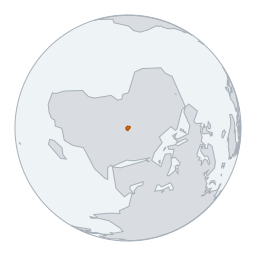 globe centered on Ouaddaï, rotated 112°
{"feature_id": "TCD-1475", "entity_name": "Ouaddaï", "entity_type": "Prefecture", "adm_level": 1, "iso_a3": "TCD", "parent_name": "Chad", "parent_adm1": "", "projection": "orthographic", "projection_center": [21.069, 13.569], "detail": "fine", "context": "on_globe", "style": "filled", "palette": "amber", "viewbox_px": 256, "rotation_deg": 112, "n_neighbors": 0, "source": "natural_earth", "source_scale": "10m", "svg_char_len": 8629}
<svg xmlns="http://www.w3.org/2000/svg" viewBox="0 0 256 256"><g transform="rotate(112 128 128)"><circle cx="128" cy="128" r="113" fill="#eef3f6" stroke="#a8b0b8"/><path d="M95.3,20.2L91.9,21.3L89.3,22.3L91.6,21.7L94.0,20.9L95.8,20.4L96.0,20.5L92.8,21.5L92.2,21.7L91.3,22.0L89.6,22.6L90.6,22.4L86.6,23.8L90.9,22.6L88.0,24.0L85.2,24.9L85.1,24.5L78.5,26.8L78.1,27.0L86.5,23.3L95.3,20.2ZM70.7,31.0L65.4,34.7L62.4,36.6L58.7,39.5L60.5,38.4L64.0,35.8L66.4,34.7L70.5,32.1L72.0,31.4L76.3,29.1L76.1,29.9L73.5,32.0L69.9,34.1L68.7,35.2L72.4,33.8L66.0,38.7L62.4,43.8L60.7,45.3L56.8,46.4L56.0,44.6L51.0,47.5L54.6,46.2L50.3,50.3L49.8,51.4L50.2,51.8L52.0,50.5L50.6,52.3L46.5,53.8L47.7,52.2L49.0,51.6L48.6,51.0L45.8,52.6L43.8,54.9L41.7,56.0L40.2,57.8L39.0,59.2L41.4,56.2L37.0,61.8L35.6,63.5L40.5,57.1L45.7,51.1L51.4,45.4L57.5,40.1L64.0,35.3L70.7,31.0ZM18.1,103.2L17.7,105.0L18.1,103.2ZM17.1,108.4L17.9,104.5L17.3,108.3L18.2,110.8L17.8,112.0L18.3,122.0L20.9,127.9L21.5,133.3L21.0,135.8L22.4,137.6L22.4,139.6L29.6,146.3L34.7,153.0L35.6,159.6L33.2,165.7L35.7,180.4L32.8,182.8L35.2,188.5L38.3,195.5L36.1,193.1L39.9,198.2L40.7,199.2L35.8,192.7L31.4,186.0L27.5,178.9L24.1,171.6L21.3,164.1L19.0,156.3L17.2,148.5L16.1,140.5L15.4,132.5L15.4,124.4L16.0,116.3L17.1,108.4ZM76.2,28.8L76.2,29.0L75.4,29.3L76.2,28.8ZM78.0,27.8L77.0,28.2L77.7,27.7L78.3,27.5L78.0,27.8ZM79.1,27.5L79.1,27.0L80.3,26.3L83.7,25.0L79.1,27.5ZM94.6,20.6L92.1,21.5L94.0,20.7L94.6,20.6ZM105.4,17.6L105.6,17.6L103.1,18.2L100.5,18.8L102.6,18.4L95.4,20.3L97.2,19.6L105.4,17.6ZM96.6,20.2L96.9,20.0L100.3,19.1L100.3,19.4L99.2,19.5L96.6,20.2ZM109.8,16.8L110.9,16.7L106.0,17.6L109.8,16.8ZM98.6,19.8L100.2,19.6L98.9,20.1L96.6,20.4L98.6,19.8ZM101.1,18.8L102.7,18.4L101.9,18.7L101.1,18.8ZM95.0,22.4L95.3,21.9L97.1,21.4L95.0,22.4ZM100.9,19.4L101.4,19.3L102.1,19.1L102.9,19.1L100.9,19.4ZM107.0,17.5L106.9,17.6L109.1,17.1L109.9,17.1L106.4,17.7L108.2,17.4L108.5,17.5L105.4,18.0L107.0,17.5ZM105.9,18.5L101.7,19.7L100.8,20.5L99.2,21.0L101.0,19.6L105.9,18.5ZM105.8,18.1L105.5,18.4L103.7,18.7L102.8,18.8L105.8,18.1ZM111.6,16.9L111.3,16.7L112.1,16.6L111.6,16.9ZM106.0,18.7L106.9,18.4L106.1,18.7L106.0,18.7ZM110.3,17.3L110.1,17.2L111.0,17.1L110.3,17.3ZM109.1,18.0L107.8,18.4L107.1,18.3L109.1,18.0ZM109.9,17.6L111.2,17.5L107.7,18.1L109.7,17.6L109.9,17.6ZM111.2,17.2L111.6,17.1L111.1,17.3L111.2,17.2ZM112.3,18.2L108.1,19.0L106.7,18.8L111.0,18.0L112.3,18.2ZM213.7,54.9L214.3,55.7L211.6,52.6L214.6,56.3L216.6,58.6L215.9,57.5L216.8,58.6L219.5,62.3L220.6,63.9L225.7,72.0L230.2,80.6L231.5,83.6L232.9,88.2L233.6,90.2L232.5,88.6L233.6,93.2L237.5,103.4L238.3,106.7L238.8,114.3L238.3,111.9L235.6,107.5L236.8,115.8L239.0,121.2L239.8,128.7L238.9,127.2L237.9,120.7L236.9,118.9L235.9,111.8L232.6,102.2L231.6,105.1L230.5,101.0L225.8,93.8L223.7,97.9L221.1,111.0L222.8,121.8L221.0,127.3L213.9,113.3L210.2,103.4L207.9,105.0L200.3,97.8L188.1,99.6L186.1,97.2L183.9,98.9L178.5,97.0L175.3,93.0L172.2,93.7L180.6,104.2L183.9,103.5L186.3,98.6L188.0,102.6L193.2,105.5L188.5,116.4L169.9,127.9L167.7,119.9L151.3,99.2L151.6,96.7L151.5,96.4L151.2,95.9L150.2,100.0L147.2,96.0L156.4,110.6L158.2,117.1L169.7,128.4L168.7,129.8L172.3,132.0L183.2,127.6L183.3,130.3L178.4,143.5L162.9,162.0L164.8,172.9L163.3,182.4L153.1,189.2L153.5,196.1L148.2,198.9L147.6,202.7L143.1,207.0L135.7,211.0L123.6,211.3L123.2,207.9L117.8,201.3L110.3,184.4L113.7,176.5L112.8,170.2L104.1,155.9L106.0,148.0L103.6,144.6L98.6,145.3L95.7,141.2L92.7,141.0L73.5,142.7L67.5,137.0L59.9,120.1L63.2,114.0L63.6,106.5L86.5,83.1L91.7,84.8L110.1,82.2L112.4,83.1L110.6,88.7L124.6,95.6L128.8,90.8L141.2,94.3L149.2,93.8L151.5,83.1L138.3,83.7L135.7,78.7L146.0,73.9L157.5,73.9L156.9,72.0L149.3,68.2L151.7,64.6L146.7,66.6L148.9,68.4L145.9,69.9L143.6,68.3L144.6,67.0L141.0,66.4L137.5,73.2L139.4,75.8L130.3,77.4L132.6,82.0L130.2,84.3L125.5,77.4L125.8,74.9L117.2,67.9L116.1,70.6L124.1,77.5L121.7,77.0L120.3,81.4L119.5,77.7L111.0,69.9L102.6,71.6L92.4,82.1L87.4,82.9L83.0,80.6L86.3,69.9L97.1,69.5L98.4,66.2L95.8,61.5L99.3,61.9L99.6,60.1L103.6,59.9L108.9,55.7L113.0,55.3L114.7,50.1L117.1,49.3L115.4,52.5L116.4,54.7L126.4,54.3L128.2,53.2L128.5,50.0L131.3,50.5L130.3,47.5L135.9,46.2L128.2,45.4L128.4,42.2L131.6,39.8L130.3,38.7L125.1,42.7L124.3,44.6L125.8,46.3L122.3,51.8L118.9,52.8L117.4,46.9L112.4,47.8L113.3,43.3L126.7,34.3L132.5,32.8L142.8,36.4L141.6,38.2L137.4,37.7L141.6,40.9L141.1,39.3L143.4,39.9L144.1,37.4L145.8,37.8L143.7,35.0L145.8,35.2L147.1,36.9L149.9,33.9L154.2,33.9L154.0,33.1L152.7,32.2L159.0,33.1L158.6,32.5L156.4,31.9L154.2,30.5L152.7,28.3L155.0,28.7L155.8,29.5L160.9,32.1L162.8,34.5L163.5,34.5L162.5,32.5L156.3,29.4L154.8,28.0L157.9,29.2L156.6,28.7L156.6,28.1L158.7,28.1L155.3,26.7L151.8,21.7L155.5,21.5L158.7,22.9L158.6,20.9L162.8,21.6L160.7,21.0L159.3,20.1L158.0,19.9L156.9,19.5L153.4,18.3L161.1,20.3L168.6,22.9L176.0,26.1L183.0,29.7L189.9,33.9L196.4,38.5L202.5,43.5L208.3,49.0L213.7,54.9ZM79.0,95.3L78.5,97.5L79.0,95.3ZM170.1,79.7L176.7,79.5L172.9,73.3L175.2,72.8L173.1,71.1L172.6,72.9L167.4,68.1L170.0,66.0L168.8,63.4L166.5,63.4L162.7,68.1L170.1,74.8L168.9,77.6L170.1,79.7ZM18.2,110.8L18.2,112.4L17.9,112.0L18.2,110.8ZM21.2,94.0L21.2,95.2L20.9,95.0L21.2,94.0ZM21.5,91.3L21.5,91.5L22.4,88.9L21.3,93.3L20.7,93.8L21.3,92.0L21.5,91.3ZM50.6,50.2L50.9,50.2L50.9,50.8L50.1,51.2L50.6,50.2ZM56.0,50.5L53.6,53.3L54.7,51.5L53.2,52.3L53.5,49.7L59.9,45.9L56.9,47.9L56.0,50.5ZM55.8,45.6L54.8,47.4L55.6,45.6L55.8,45.6ZM97.1,51.4L98.6,52.5L97.2,54.5L92.1,55.9L94.0,52.9L97.1,51.4ZM101.0,53.6L100.9,47.9L104.1,47.1L102.3,48.4L104.4,48.5L102.2,50.7L105.4,55.9L104.3,58.1L95.4,59.0L98.9,57.4L97.2,56.3L101.0,53.6ZM94.9,37.6L94.9,35.9L101.8,36.2L101.0,37.8L95.9,39.1L93.8,38.0L94.9,37.6ZM85.1,25.8L84.6,25.7L85.5,25.3L86.6,25.1L85.1,25.8ZM95.0,22.2L88.0,26.0L87.1,26.0L84.1,28.6L80.6,29.7L82.7,27.9L77.7,31.0L78.2,29.8L75.1,32.0L80.1,27.9L80.3,27.2L81.4,27.4L84.6,26.3L86.1,25.7L90.4,23.4L92.5,21.8L96.0,20.8L97.9,20.5L95.6,21.3L97.3,21.2L94.0,22.2L95.0,22.2ZM118.5,21.9L115.8,21.7L118.6,23.1L115.4,23.5L115.9,23.7L113.7,24.5L111.9,25.9L110.3,26.0L110.3,26.5L108.8,27.2L108.2,28.0L105.3,28.5L104.3,29.6L103.5,29.3L102.6,31.1L101.9,30.0L99.9,31.0L101.7,31.5L87.1,33.7L81.6,36.1L77.3,38.8L76.7,36.9L80.2,33.4L85.8,29.7L91.2,28.0L90.0,27.6L92.2,26.8L92.3,27.4L93.5,26.0L95.3,25.5L100.3,23.2L100.9,21.8L102.7,21.1L103.4,21.4L104.7,20.5L107.3,20.6L108.7,20.2L112.6,20.1L113.1,21.2L114.6,20.7L117.6,20.8L118.5,21.9ZM113.3,18.2L114.8,19.1L113.7,19.8L107.3,19.7L105.7,20.1L101.6,20.4L103.3,19.4L104.3,19.3L105.7,19.1L104.6,19.5L106.5,19.0L108.0,19.0L109.9,18.7L109.8,19.0L113.3,18.2ZM114.9,81.0L116.7,81.2L119.4,80.9L118.6,83.8L114.9,81.0ZM109.0,75.7L110.6,75.3L110.7,78.9L108.9,78.8L109.0,75.7ZM111.3,72.2L110.7,75.0L109.9,73.5L111.3,72.2ZM116.8,52.1L118.5,51.7L118.7,52.4L117.9,53.6L116.8,52.1ZM126.2,27.4L124.9,26.9L125.3,26.6L124.3,25.0L126.6,24.7L128.2,25.6L126.2,27.4ZM149.4,85.0L147.1,87.2L145.9,86.2L146.9,85.7L149.4,85.0ZM132.2,85.5L136.2,86.7L131.9,86.3L132.2,85.5ZM128.6,26.9L127.9,26.2L129.5,26.5L128.6,26.9ZM128.3,24.5L130.1,24.7L126.8,24.5L128.3,24.5ZM183.2,221.9L183.1,222.7L181.8,223.1L183.2,221.9ZM181.4,179.0L172.8,195.7L167.8,196.3L167.4,191.8L170.9,181.9L176.9,178.5L179.9,173.6L181.4,179.0ZM239.5,143.8L239.5,144.1L239.3,143.7L239.6,141.5L239.9,140.8L239.5,143.8ZM239.6,141.6L238.9,137.8L235.9,124.7L237.0,124.2L239.7,131.1L239.6,132.9L240.1,136.1L239.6,141.6ZM240.5,134.0L240.6,128.2L240.5,124.8L240.6,124.4L240.5,123.5L240.5,134.0ZM223.2,122.7L225.5,128.5L224.3,130.0L223.2,122.7ZM234.7,93.3L234.7,94.3L234.2,92.8L233.8,90.5L234.7,93.3ZM147.6,25.9L146.5,28.3L147.2,30.3L150.1,31.7L145.6,30.9L144.5,27.8L147.6,25.9ZM151.1,22.0L148.6,21.2L149.9,21.1L150.7,21.3L151.1,22.0ZM149.4,21.8L145.8,21.6L144.5,20.8L147.6,21.1L149.4,21.8ZM137.2,23.6L136.7,24.3L135.4,23.9L137.2,23.6ZM156.3,19.4L154.8,19.0L155.4,19.1L156.3,19.4ZM151.3,18.0L151.6,18.3L150.3,17.9L151.3,18.0ZM152.5,18.9L151.3,18.3L153.8,19.2L152.5,18.9Z" fill="#d9dde1" stroke="#a8b0b8" stroke-width="1"/><path d="M130.1,127.3L130.0,127.5L129.9,127.6L130.0,127.6L130.0,127.8L130.2,128.0L130.3,128.3L130.3,128.5L130.2,128.5L130.0,128.8L129.8,128.8L129.7,128.9L129.7,129.0L129.5,129.3L129.4,129.5L129.2,129.4L128.8,129.4L128.6,129.5L128.4,129.7L128.3,129.8L128.2,129.7L127.8,129.8L127.6,129.7L127.6,129.4L127.4,129.3L127.2,129.0L126.7,129.0L126.5,128.9L126.5,128.7L126.5,128.3L126.5,128.0L126.4,127.9L126.4,127.4L126.0,127.1L126.0,126.8L126.3,126.5L126.4,126.4L126.5,126.3L126.8,126.3L126.9,126.2L127.0,126.2L127.4,126.3L127.5,126.4L127.6,126.5L127.8,126.8L128.0,126.9L128.2,127.0L128.3,127.0L128.4,126.9L128.5,126.9L129.2,126.9L129.9,127.2L130.0,127.3L130.1,127.3Z" fill="#f59e0b" stroke="#b45309" stroke-width="1.5"/></g></svg>